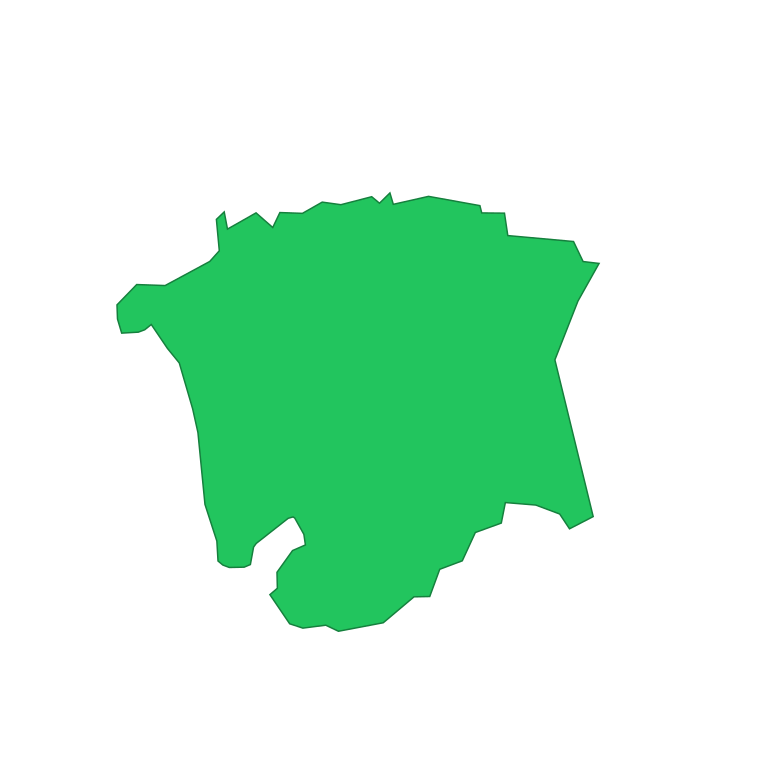 McIntosh, Georgia, United States of America (orthographic projection), rotated 139°
{"feature_id": "52423323B58673559392327", "entity_name": "McIntosh", "entity_type": "district", "adm_level": 2, "iso_a3": "USA", "parent_name": "United States of America", "parent_adm1": "Georgia", "projection": "orthographic", "projection_center": [-81.368, 31.496], "detail": "fine", "context": "isolated", "style": "filled", "palette": "green", "viewbox_px": 768, "rotation_deg": 139, "n_neighbors": 0, "source": "geoboundaries", "source_scale": "gbopen_adm2", "svg_char_len": 1035}
<svg xmlns="http://www.w3.org/2000/svg" viewBox="0 0 768 768"><g transform="rotate(139 384 384)"><path d="M142.6,333.9L153.4,345.8L147.5,367.2L193.2,414.8L181.0,433.9L198.0,449.0L194.6,455.7L227.3,496.4L259.1,513.5L254.2,524.3L268.8,523.4L270.4,533.4L298.9,547.6L311.3,561.8L333.6,566.3L350.1,581.7L365.3,575.1L368.3,597.1L400.5,603.6L391.7,618.7L402.5,618.2L420.9,592.6L435.1,590.8L484.6,601.9L505.4,621.3L533.6,618.9L542.5,607.9L548.6,594.5L535.4,584.3L529.0,581.9L520.6,581.6L524.1,552.9L524.7,534.2L544.7,490.8L556.3,469.4L598.1,410.6L613.2,375.1L625.4,359.3L624.4,353.1L621.1,347.0L609.7,337.5L603.3,335.4L589.4,346.5L585.0,347.5L544.4,345.5L539.8,343.3L539.3,341.4L543.1,323.1L548.9,314.1L562.3,318.3L588.3,312.1L598.5,299.8L608.3,299.9L612.5,264.9L605.4,253.0L586.2,240.2L580.6,227.3L541.2,204.3L501.0,203.7L488.9,193.6L463.5,207.6L440.9,199.2L412.5,212.0L386.7,202.1L370.2,214.9L348.9,193.1L336.7,170.6L339.0,153.0L313.1,146.7L239.2,290.1L183.3,319.3L142.6,333.9Z" fill="#22c55e" stroke="#15803d" stroke-width="1.5"/></g></svg>